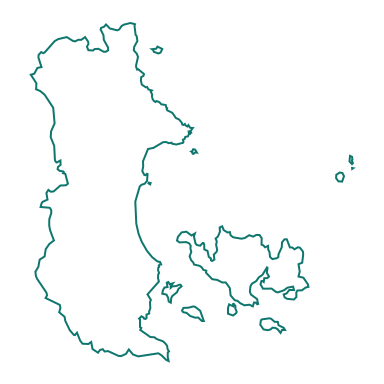 Nha Trang, Khánh Hòa, Vietnam
{"feature_id": "81297802B68033195953544", "entity_name": "Nha Trang", "entity_type": "district", "adm_level": 2, "iso_a3": "VNM", "parent_name": "Vietnam", "parent_adm1": "Khánh Hòa", "projection": "robinson", "projection_center": [109.244, 12.261], "detail": "fine", "context": "isolated", "style": "outline", "palette": "teal", "viewbox_px": 384, "rotation_deg": 0, "n_neighbors": 0, "source": "geoboundaries", "source_scale": "gbopen_adm2", "svg_char_len": 5969}
<svg xmlns="http://www.w3.org/2000/svg" viewBox="0 0 384 384"><path d="M168.6,361.0L167.7,356.8L167.8,352.4L169.0,351.4L167.6,349.2L167.1,345.8L165.2,343.3L163.0,341.3L156.6,339.0L154.5,337.3L150.3,337.0L140.2,329.9L141.3,328.0L140.0,327.1L140.0,319.4L139.1,318.6L141.4,316.3L143.6,317.5L143.8,318.5L145.5,319.0L146.5,318.1L146.5,314.6L149.2,313.5L149.1,311.5L150.3,308.4L150.0,302.1L150.9,299.9L147.5,294.4L158.9,281.5L158.0,278.2L158.2,274.4L159.1,273.0L158.1,270.4L158.3,267.6L159.2,266.8L158.8,265.6L159.5,264.6L161.1,264.5L160.1,262.0L157.4,261.4L152.2,257.2L147.0,250.9L141.7,241.7L138.6,233.9L136.3,223.8L135.3,201.6L139.7,186.6L141.4,184.8L144.6,183.8L147.0,181.0L147.6,174.1L146.9,173.8L145.5,175.2L144.3,174.9L142.3,171.0L143.2,166.3L143.0,161.3L148.0,149.0L153.4,147.9L163.1,142.2L165.9,142.0L169.0,143.2L171.6,142.7L172.3,143.8L176.3,144.5L183.0,142.8L183.5,141.9L182.9,139.7L184.6,139.0L185.3,136.9L187.9,136.4L189.0,134.0L188.8,132.5L190.2,133.7L190.8,132.7L189.7,132.3L189.7,131.5L190.9,132.1L190.6,131.0L192.8,128.0L190.2,127.8L188.4,125.1L187.5,126.5L185.5,125.4L184.9,124.0L183.5,124.9L182.3,124.6L181.7,122.6L179.1,119.5L175.9,118.0L172.3,112.8L167.2,110.3L166.7,109.3L167.2,108.1L166.3,107.5L165.7,105.0L161.3,104.3L159.4,102.2L156.5,101.0L155.5,102.0L154.0,101.1L152.6,99.1L151.9,96.1L152.2,94.5L150.7,91.7L151.9,90.5L148.4,89.4L147.1,87.0L145.8,87.3L141.8,84.6L140.9,80.5L141.2,77.1L143.4,75.9L144.0,74.0L138.0,69.1L137.2,69.6L136.4,67.9L136.0,65.8L138.0,56.9L136.8,53.7L133.8,50.4L134.2,46.8L137.4,41.0L136.6,35.9L135.6,34.8L134.5,25.8L135.0,24.2L130.3,23.0L123.7,24.7L121.6,26.0L119.3,29.4L117.3,30.3L109.9,28.5L106.0,24.5L104.0,26.8L101.1,27.9L100.6,29.4L103.5,35.3L103.8,39.8L108.1,47.6L108.1,50.4L105.7,51.8L103.6,51.7L98.4,48.8L94.6,49.1L93.0,50.5L88.4,50.2L86.9,46.7L88.4,44.0L88.2,41.8L85.1,37.1L81.3,39.8L78.3,39.8L75.0,41.4L72.9,40.9L66.8,37.1L58.2,39.1L54.7,41.1L44.7,52.4L43.1,53.1L41.2,52.1L38.6,54.9L38.4,57.5L41.5,67.1L37.4,67.9L34.3,73.7L30.8,74.7L36.4,83.3L36.1,89.3L40.2,91.0L44.7,94.8L53.2,107.7L54.6,123.4L51.1,131.3L50.7,137.2L54.2,145.8L54.9,159.7L55.6,161.7L56.8,162.5L60.4,160.5L60.6,164.8L58.0,167.0L57.6,169.2L59.7,170.9L63.2,171.4L63.8,172.1L63.1,173.2L65.3,173.8L67.9,183.7L65.8,185.3L60.4,185.5L53.7,191.4L50.7,191.7L48.4,189.9L46.4,193.0L47.5,199.6L42.7,201.8L41.6,203.2L40.6,207.0L49.0,207.7L50.1,208.1L51.3,210.4L51.2,213.3L49.3,219.1L49.2,225.4L50.0,229.9L53.9,240.5L49.4,243.9L45.7,249.2L44.6,256.5L39.7,259.6L38.3,267.0L35.4,271.7L35.9,275.8L36.9,278.5L46.4,292.6L47.1,295.3L45.6,298.0L59.8,304.9L60.4,307.8L59.2,312.3L64.6,316.8L65.3,320.9L69.8,330.2L73.8,334.9L74.9,335.1L77.0,332.7L80.2,340.7L82.5,343.7L88.4,344.0L91.2,342.0L92.5,349.0L98.0,352.7L100.0,350.0L102.8,349.2L104.6,351.5L108.1,351.1L118.5,355.9L121.1,356.1L126.0,353.9L128.8,349.5L133.0,354.5L138.3,356.4L158.3,353.3L161.4,355.2L166.2,359.9L168.6,361.0ZM227.6,232.5L223.7,230.1L222.2,226.3L219.7,227.4L219.9,231.9L218.0,236.4L215.6,238.6L216.8,241.4L216.1,244.7L217.2,250.0L216.5,251.9L213.8,254.6L214.4,259.6L212.1,261.0L211.0,260.3L210.8,258.3L208.8,256.9L207.5,250.9L204.3,249.4L204.2,244.6L203.5,243.0L202.7,243.0L200.2,245.7L197.1,245.1L195.6,243.7L193.9,236.5L194.9,233.5L191.5,235.5L186.4,231.7L181.6,232.4L177.9,236.9L177.0,240.6L179.5,242.4L186.3,242.1L189.2,243.4L190.7,245.7L190.4,248.5L191.3,251.8L189.6,256.3L191.2,260.3L193.3,262.5L194.0,264.5L199.7,265.9L201.7,267.3L203.3,269.8L206.3,270.7L206.0,272.7L212.2,279.2L217.2,279.9L222.3,282.5L225.7,282.4L229.8,288.0L230.6,295.4L234.7,300.2L237.6,300.9L240.2,303.2L244.4,305.3L249.5,304.7L252.8,306.4L254.0,302.5L255.8,302.6L257.2,304.2L258.1,304.0L257.1,299.1L250.9,294.5L249.9,291.8L250.4,286.4L251.9,283.7L256.1,281.2L258.8,277.4L262.4,274.9L267.0,267.4L267.5,267.8L266.8,272.8L269.0,276.5L267.3,278.1L264.3,278.2L263.7,282.0L262.3,280.9L261.4,281.1L260.5,284.3L263.0,288.7L271.7,288.6L275.9,291.9L277.9,292.4L283.9,290.3L287.4,287.7L293.1,286.6L294.0,290.0L289.3,290.0L286.5,293.5L283.7,294.4L284.6,297.3L287.0,298.8L293.9,299.5L296.4,297.0L296.3,292.4L297.4,290.5L301.9,290.3L305.7,287.5L308.4,286.9L307.9,284.3L303.4,277.7L298.5,276.5L299.7,271.5L298.5,264.2L302.2,262.7L303.2,254.4L302.9,251.5L299.9,247.7L297.8,247.3L294.5,249.3L292.3,247.5L289.9,247.4L286.8,239.3L284.4,239.4L282.0,242.4L281.8,247.1L278.5,254.3L278.3,257.1L276.8,258.2L272.4,259.1L270.0,256.9L269.5,252.1L268.2,249.5L268.1,245.9L265.0,247.3L263.3,245.3L261.5,244.6L261.7,238.2L259.5,235.0L256.4,234.9L253.2,236.6L249.2,235.2L244.8,238.0L241.4,238.7L233.2,237.3L230.6,235.3L229.9,232.1L227.6,232.5ZM269.5,318.3L261.9,319.4L260.9,320.3L260.3,324.8L263.5,329.4L267.8,330.2L270.6,329.4L272.5,327.7L275.3,327.9L277.6,329.2L280.5,332.9L282.1,329.9L285.0,330.0L283.8,327.9L278.5,325.2L277.8,321.9L274.6,321.8L271.2,318.8L269.5,318.3ZM169.7,284.2L168.4,282.0L166.8,282.6L167.5,287.1L164.5,287.5L162.9,290.3L162.3,293.7L166.5,294.6L168.1,297.7L168.7,301.5L170.8,302.7L171.2,298.2L172.1,296.2L177.0,292.2L178.5,288.8L181.6,286.3L180.6,284.8L179.4,284.7L176.1,286.1L172.4,286.3L170.7,287.8L170.7,286.1L172.9,283.3L169.7,284.2ZM195.5,307.1L193.5,306.4L188.5,307.7L183.5,307.9L182.0,310.6L183.2,312.2L186.6,312.9L190.2,316.0L195.2,317.7L198.1,317.5L201.9,321.0L203.8,321.0L200.2,310.8L195.5,307.1ZM235.5,306.1L233.7,303.8L233.1,304.0L233.2,306.3L229.1,304.4L228.0,308.0L228.0,313.7L233.1,315.5L236.2,313.1L236.7,311.8L235.3,308.4L235.5,306.1ZM339.7,172.5L336.3,174.8L336.1,178.2L338.4,181.3L342.1,181.6L344.0,176.2L342.4,173.0L339.7,172.5ZM162.3,49.0L157.5,46.6L156.2,48.7L152.0,49.2L153.2,50.0L153.8,51.8L158.4,53.5L160.6,52.5L162.3,49.0ZM352.0,164.1L352.9,163.1L351.9,160.3L352.4,159.5L352.1,156.9L350.0,155.9L349.5,161.5L352.0,164.1ZM195.1,149.6L193.2,149.2L192.5,150.9L191.2,151.5L192.3,152.3L192.6,153.7L193.4,153.9L195.3,152.4L196.9,152.6L195.1,149.6ZM150.2,184.4L150.6,183.1L148.8,182.6L148.5,183.4L150.2,184.4ZM352.2,168.9L353.2,168.2L352.1,168.0L352.2,168.9Z" fill="none" stroke="#0f766e" stroke-width="2"/></svg>